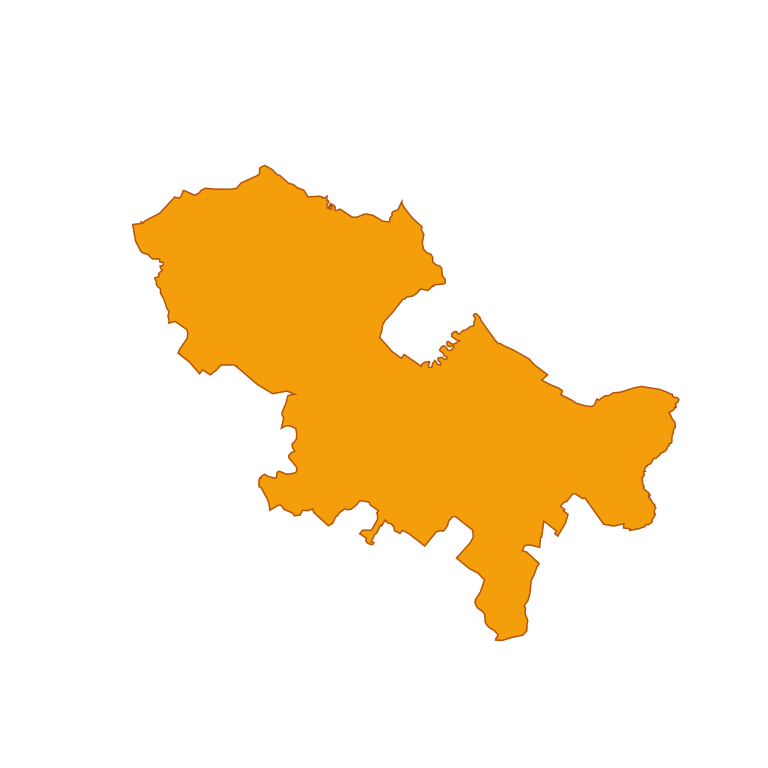 outline of Tulang Bawang Barat, Lampung, Indonesia, rotated 128°
{"feature_id": "22746128B7348236235073", "entity_name": "Tulang Bawang Barat", "entity_type": "district", "adm_level": 2, "iso_a3": "IDN", "parent_name": "Indonesia", "parent_adm1": "Lampung", "projection": "albers", "projection_center": [105.087, -4.433], "detail": "fine", "context": "isolated", "style": "filled", "palette": "amber", "viewbox_px": 768, "rotation_deg": 128, "n_neighbors": 0, "source": "geoboundaries", "source_scale": "gbopen_adm2", "svg_char_len": 6156}
<svg xmlns="http://www.w3.org/2000/svg" viewBox="0 0 768 768"><g transform="rotate(128 384 384)"><path d="M486.6,565.2L486.0,562.7L486.5,562.7L486.5,550.7L489.5,535.6L484.6,535.6L483.7,526.5L476.1,524.6L469.5,524.2L461.9,514.8L460.6,510.8L461.1,510.9L462.3,483.2L460.2,465.8L449.3,456.1L447.0,447.9L450.3,451.2L452.8,452.5L458.4,449.8L469.2,446.8L470.6,446.0L472.6,442.1L482.1,437.6L477.3,435.6L474.4,431.4L473.5,426.1L476.7,422.4L480.8,419.4L483.2,418.9L488.1,419.5L490.4,416.9L491.8,413.0L495.5,414.9L499.2,415.0L500.7,413.6L503.3,402.0L505.8,399.4L508.3,399.0L513.2,403.1L515.3,405.7L517.0,412.3L517.9,413.4L519.8,413.7L523.5,411.4L525.2,411.6L528.0,417.9L528.8,422.8L533.9,424.0L534.1,423.0L535.1,423.9L537.7,422.7L541.9,419.2L541.1,417.7L546.7,404.7L548.8,401.2L553.8,396.2L544.6,392.7L543.0,390.8L543.4,388.1L544.4,386.0L542.0,376.3L543.1,373.5L538.9,369.4L533.9,370.5L530.2,365.6L526.4,363.3L528.4,360.5L530.0,340.5L525.4,338.7L519.0,340.2L515.7,339.5L514.1,340.1L506.2,338.0L505.6,335.4L503.0,332.8L496.2,331.2L491.0,331.2L488.1,326.9L486.4,322.7L487.8,320.4L487.2,310.5L489.9,310.5L489.7,310.0L494.4,305.8L506.9,303.8L512.4,310.9L517.0,311.0L516.3,302.9L518.5,302.2L519.5,299.7L518.9,296.1L517.5,294.0L515.1,294.4L516.0,297.0L513.6,297.5L508.2,298.6L505.9,298.0L497.5,299.8L497.4,298.4L490.5,299.5L490.2,298.2L491.2,297.4L490.8,294.2L489.6,292.0L490.7,288.2L493.2,285.4L491.9,279.4L487.9,279.3L486.6,271.9L486.6,252.1L468.5,251.8L464.8,249.3L463.6,246.9L462.2,246.5L456.7,246.7L451.5,248.9L450.0,248.3L447.1,248.4L445.5,247.5L444.4,245.8L444.6,224.0L449.7,219.4L455.7,218.3L476.6,219.7L476.9,202.9L475.1,193.3L476.6,184.2L488.5,180.0L497.0,179.2L500.0,178.0L502.3,174.1L502.9,171.7L502.6,165.9L503.4,163.1L509.6,157.2L510.8,153.8L511.1,150.6L510.4,145.4L511.0,141.4L512.1,139.1L515.1,139.3L517.1,138.4L513.2,132.9L504.9,127.2L496.4,119.9L490.5,119.5L489.2,120.9L487.8,121.1L486.3,122.8L481.8,125.2L478.1,131.5L473.3,134.6L472.6,137.0L466.4,137.2L459.5,139.9L448.0,147.1L442.4,148.1L433.6,151.0L430.1,151.0L428.5,168.0L430.2,172.3L425.3,173.7L422.7,172.0L420.7,169.3L416.8,160.7L408.9,166.1L407.7,165.4L393.6,173.7L393.6,157.4L396.7,157.4L396.9,153.4L381.8,155.4L373.4,158.7L373.5,164.6L371.7,164.2L371.7,169.8L366.4,169.4L364.3,167.7L354.7,167.7L352.7,166.0L352.1,157.0L350.0,155.6L359.3,124.5L354.5,115.5L346.5,109.0L350.0,106.6L346.6,101.1L348.2,100.2L341.0,94.0L335.7,90.6L333.5,91.0L331.9,88.8L328.3,87.8L327.1,88.0L326.4,89.1L321.0,89.5L319.2,90.3L319.5,91.4L316.7,93.4L314.4,93.4L313.7,95.9L312.6,95.9L312.2,99.7L310.9,102.0L311.2,102.7L310.1,104.6L310.3,105.7L308.0,105.7L307.7,106.1L309.2,106.6L306.9,107.6L306.7,115.3L304.5,115.9L303.9,118.1L298.7,123.2L298.0,122.6L295.1,123.0L294.2,124.8L293.3,125.2L291.8,124.3L291.8,125.7L288.5,126.8L287.2,126.0L286.5,126.7L282.7,124.8L277.0,125.6L275.3,124.1L270.2,123.0L269.0,123.4L264.0,121.2L261.3,121.0L258.9,121.9L256.9,121.4L255.2,122.5L253.8,121.2L252.8,121.3L247.4,125.2L244.7,125.7L241.6,127.8L238.6,127.8L235.1,131.1L234.2,135.1L231.7,139.8L231.3,141.8L226.0,139.8L223.4,140.7L223.2,139.5L222.5,139.3L220.9,140.9L221.0,141.6L219.8,142.0L216.8,141.3L214.6,142.1L214.2,144.6L215.5,146.0L216.0,149.1L214.9,149.8L214.6,151.1L215.6,151.6L215.8,154.6L218.6,163.5L227.5,179.7L233.3,184.7L244.7,192.5L250.0,198.0L254.8,199.7L257.1,202.5L260.7,204.0L263.8,204.4L264.7,205.1L264.5,206.8L265.1,207.0L270.1,205.5L271.9,205.5L274.1,206.7L277.2,211.7L280.8,220.8L281.3,227.2L283.5,238.0L279.6,239.0L279.6,243.9L282.1,252.1L283.9,262.1L276.0,260.7L276.3,277.5L274.9,284.8L277.6,303.1L280.2,313.5L280.5,317.3L281.7,318.7L281.1,323.3L274.3,346.4L272.4,349.7L271.8,354.5L273.0,355.8L275.0,355.8L276.4,352.1L280.1,351.1L282.3,349.4L283.7,349.5L285.7,351.4L290.8,352.7L293.8,354.9L298.5,355.5L298.9,357.2L297.9,358.7L298.4,359.9L300.0,361.0L302.8,361.6L304.9,359.9L304.7,354.2L303.6,351.0L309.6,353.5L310.6,355.1L310.8,359.4L311.8,360.2L313.3,359.6L314.7,357.4L313.8,354.6L311.8,353.5L311.2,352.1L312.0,351.6L315.3,351.8L316.7,352.4L318.0,354.1L316.8,358.0L316.9,360.1L318.6,361.4L321.2,361.5L323.3,360.9L323.3,356.2L324.7,354.4L323.9,351.3L324.3,350.4L325.9,350.2L327.2,351.1L327.3,354.9L330.4,357.4L332.1,355.9L332.4,352.8L333.4,351.3L334.3,351.3L335.6,353.9L334.1,358.4L337.7,358.4L341.1,356.8L342.2,357.1L343.0,358.7L342.7,359.7L342.0,360.5L338.6,361.4L338.6,362.4L341.8,365.4L343.5,366.0L345.7,366.2L347.1,365.5L348.4,386.4L353.1,386.1L353.4,397.8L350.0,416.1L343.4,418.5L338.7,421.3L333.8,422.2L322.0,421.3L305.9,421.3L304.0,420.0L301.5,419.6L297.5,415.9L293.8,414.3L286.5,413.5L283.2,406.9L275.9,405.8L276.3,405.1L274.3,404.8L268.0,398.2L266.3,398.1L263.7,400.5L262.9,404.4L257.1,410.1L256.8,413.0L258.0,416.3L258.0,419.8L257.9,420.7L254.4,423.3L252.9,426.6L254.2,431.3L253.3,436.0L249.1,440.8L241.6,444.7L239.4,449.5L236.7,450.9L235.8,463.5L232.9,475.6L231.0,480.4L229.1,482.3L238.2,480.3L242.6,483.0L244.7,482.9L246.3,481.2L249.4,481.6L252.9,479.5L256.6,485.5L257.8,496.4L260.7,502.4L263.0,504.6L268.9,507.8L271.4,510.6L272.1,512.5L273.2,526.2L277.0,528.7L277.2,529.5L274.3,531.8L274.1,534.8L275.2,535.0L278.0,533.0L279.6,533.9L279.6,534.9L275.2,536.0L274.5,536.8L276.0,537.1L279.6,536.2L280.2,536.6L277.8,539.7L274.7,539.3L273.8,541.0L274.6,542.2L271.1,544.5L273.0,545.0L275.3,546.7L274.7,547.8L275.7,550.4L283.3,559.0L280.6,566.8L282.7,572.9L282.6,578.1L284.6,582.9L283.8,594.4L284.9,597.7L283.8,603.5L285.1,612.4L289.6,614.8L291.0,614.6L294.8,611.5L298.3,612.4L313.2,620.3L320.8,620.8L325.1,625.0L334.4,637.0L339.7,645.3L344.0,647.3L347.3,647.3L351.8,649.3L354.5,660.4L355.2,661.3L361.1,659.4L364.1,660.2L365.4,664.0L387.6,665.9L403.3,673.1L405.7,672.9L405.7,675.2L407.2,674.3L413.0,680.2L424.2,667.9L429.1,657.5L429.2,654.6L427.1,649.4L427.9,646.3L427.9,643.3L423.7,637.7L425.9,635.7L424.4,633.4L424.4,632.3L426.9,631.3L427.9,631.6L428.7,633.1L430.1,631.8L430.9,628.8L435.9,629.6L437.3,627.8L438.9,627.9L441.2,629.9L442.0,629.7L443.6,625.9L445.0,625.6L446.7,622.2L446.6,618.8L450.0,616.1L452.6,609.8L458.1,601.5L459.4,597.8L463.5,596.1L466.5,592.1L468.6,591.2L463.3,587.1L462.5,573.2L464.6,570.1L469.0,567.2L482.4,566.4L486.6,565.2Z" fill="#f59e0b" stroke="#b45309" stroke-width="1.5"/></g></svg>